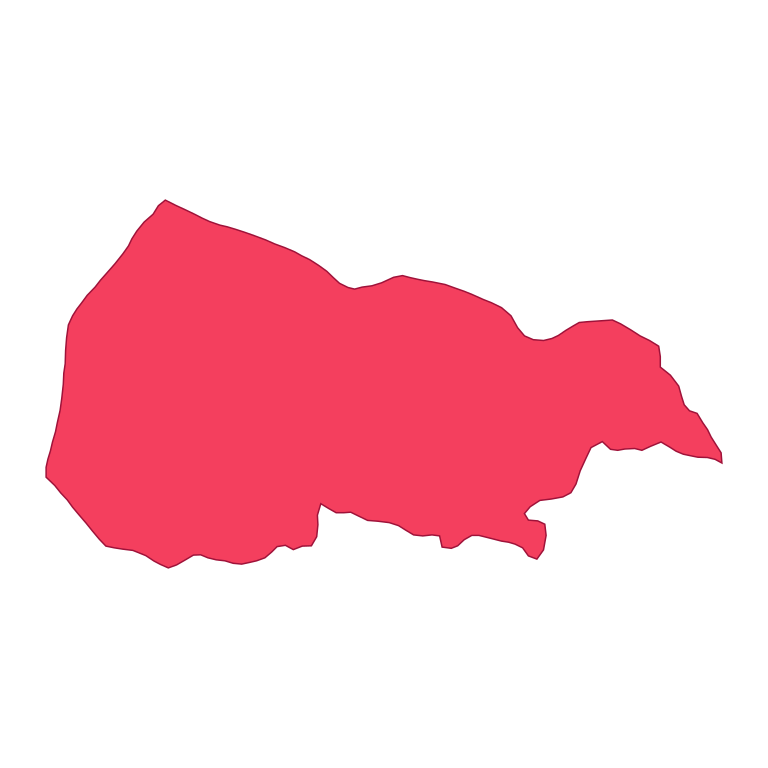 Campo do Meio, Minas Gerais, Brazil
{"feature_id": "56859067B61456712529235", "entity_name": "Campo do Meio", "entity_type": "district", "adm_level": 2, "iso_a3": "BRA", "parent_name": "Brazil", "parent_adm1": "Minas Gerais", "projection": "natural_earth1", "projection_center": [-45.831, -21.107], "detail": "fine", "context": "isolated", "style": "filled", "palette": "rose", "viewbox_px": 768, "rotation_deg": 0, "n_neighbors": 0, "source": "geoboundaries", "source_scale": "gbopen_adm2", "svg_char_len": 2480}
<svg xmlns="http://www.w3.org/2000/svg" viewBox="0 0 768 768"><path d="M105.9,546.1L114.2,547.8L122.5,549.1L132.9,550.4L145.8,555.6L154.1,561.1L160.4,564.4L168.3,567.9L176.6,564.9L185.3,559.9L193.4,555.1L200.7,554.8L207.9,557.8L216.2,559.8L224.9,560.8L233.2,563.3L241.7,564.1L249.7,562.4L256.6,560.8L264.9,557.8L271.6,552.1L277.1,546.6L285.4,545.3L293.3,549.6L302.3,546.1L311.4,545.8L316.7,536.7L317.9,524.7L317.4,515.2L320.8,503.7L328.7,508.5L336.1,512.7L344.1,512.7L350.7,512.2L358.9,516.2L367.6,520.4L377.7,521.2L389.2,522.6L398.5,525.6L405.8,530.2L413.6,534.9L422.8,535.9L432.0,534.9L439.6,535.9L442.1,547.1L451.3,548.3L457.7,545.8L464.2,539.7L471.8,535.4L478.9,535.4L485.8,537.1L494.1,539.2L501.5,541.1L508.6,542.2L515.0,544.1L522.6,547.8L528.4,555.9L536.9,559.1L543.5,549.9L546.1,535.4L544.8,524.2L537.8,520.9L528.4,520.1L524.4,513.6L530.2,506.7L539.9,500.4L551.4,499.0L562.9,496.9L570.9,492.7L576.0,484.0L580.2,470.8L585.7,458.8L591.0,447.6L602.3,441.6L610.5,449.3L617.7,450.3L624.9,449.0L634.7,448.5L641.9,450.3L650.6,446.3L661.0,442.0L669.7,447.1L676.1,451.2L683.3,454.2L690.9,455.8L697.8,457.2L707.5,457.5L715.0,459.3L721.9,463.0L721.1,452.8L716.2,445.1L711.1,437.0L707.5,429.6L702.8,422.8L697.1,413.4L689.5,410.8L684.2,404.8L681.6,396.6L678.7,386.1L670.4,375.2L660.3,367.1L660.3,356.6L658.7,346.2L649.5,340.5L640.1,335.9L630.8,329.9L620.7,323.9L612.4,320.0L597.9,321.0L587.5,321.7L579.2,322.5L573.1,326.0L565.8,330.4L558.3,335.5L551.9,338.5L543.6,340.5L533.3,339.7L524.5,335.9L517.6,327.7L511.0,315.8L501.6,307.7L491.6,302.8L483.3,299.5L472.8,294.8L464.2,291.3L454.8,288.0L445.1,284.5L432.7,282.0L424.2,280.6L417.7,279.3L410.1,277.6L402.5,275.6L393.6,277.3L381.6,282.8L371.9,285.8L362.1,287.1L354.6,289.1L348.0,287.5L339.5,283.3L333.3,277.6L326.8,271.3L318.5,265.3L309.6,259.6L301.7,255.8L294.8,251.9L284.7,247.6L274.6,243.9L265.6,239.9L254.6,235.8L244.7,232.3L235.5,229.3L227.2,226.8L219.8,225.1L209.7,221.6L202.1,218.1L194.9,214.4L186.6,210.4L175.8,205.4L165.3,200.1L158.4,205.7L153.1,214.2L144.1,222.1L136.8,231.1L131.9,238.8L128.5,245.9L122.9,253.8L115.1,263.6L106.6,273.3L100.4,280.3L95.1,287.1L87.2,295.3L81.7,302.8L76.9,309.0L72.6,315.8L68.4,324.9L66.6,337.7L65.6,350.5L65.2,363.7L63.8,373.2L63.3,384.2L61.8,398.1L60.1,410.4L57.3,422.8L55.5,431.8L52.5,442.0L50.4,451.0L47.9,459.2L46.1,467.3L46.1,477.2L54.7,485.4L60.8,493.0L67.3,499.9L72.6,507.2L78.8,514.6L86.1,523.1L92.6,531.2L99.3,539.2L105.9,546.1Z" fill="#f43f5e" stroke="#9f1239" stroke-width="1.5"/></svg>